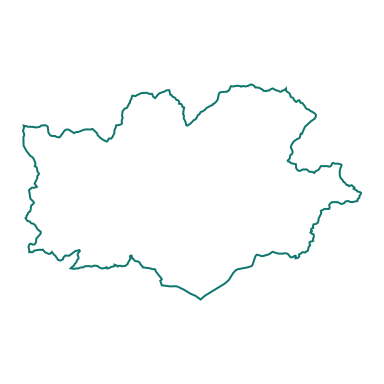 outline of Hoanh Bo, Quảng Ninh, Vietnam
{"feature_id": "81297802B7752291855220", "entity_name": "Hoanh Bo", "entity_type": "district", "adm_level": 2, "iso_a3": "VNM", "parent_name": "Vietnam", "parent_adm1": "Quảng Ninh", "projection": "albers", "projection_center": [107.022, 21.107], "detail": "fine", "context": "isolated", "style": "outline", "palette": "teal", "viewbox_px": 384, "rotation_deg": 0, "n_neighbors": 0, "source": "geoboundaries", "source_scale": "gbopen_adm2", "svg_char_len": 5918}
<svg xmlns="http://www.w3.org/2000/svg" viewBox="0 0 384 384"><path d="M141.7,93.0L137.2,95.0L135.3,96.2L132.7,95.6L132.2,95.8L131.1,99.5L130.0,101.2L130.0,102.7L129.2,103.4L127.1,107.7L124.5,108.8L122.6,111.3L122.0,116.0L122.7,117.9L121.9,119.7L121.7,120.8L122.0,123.4L121.2,124.2L119.1,125.0L116.1,125.4L115.7,127.6L114.5,130.1L114.3,133.2L112.4,137.2L111.3,138.5L108.8,138.5L107.7,140.8L107.0,141.5L106.6,141.5L102.7,139.6L99.8,137.4L97.5,134.9L97.2,133.5L96.8,133.0L92.8,129.2L92.1,128.9L90.7,129.5L86.2,129.4L83.4,129.9L80.6,131.1L78.0,132.0L75.8,132.2L74.0,133.1L68.9,129.7L66.6,129.5L64.7,130.4L60.2,136.7L59.3,137.4L56.8,137.0L55.0,136.0L51.9,136.0L50.2,135.3L48.4,132.5L47.8,126.9L47.0,126.1L45.7,125.3L42.1,125.4L41.0,125.7L40.0,126.6L39.1,127.0L36.1,127.5L32.8,126.9L27.9,126.7L23.7,125.6L24.1,127.2L23.0,130.6L24.2,134.4L24.1,135.6L23.4,137.2L23.6,145.7L26.4,150.9L29.0,154.1L29.1,154.6L30.5,156.0L32.6,157.3L33.8,159.1L35.5,163.4L34.8,166.3L35.9,166.6L36.8,167.7L37.5,171.7L39.0,173.6L38.6,174.7L37.3,176.0L37.2,176.7L37.4,177.9L34.6,183.6L36.9,186.8L34.0,187.8L32.0,187.6L29.0,190.1L30.4,198.8L33.4,201.6L34.0,202.8L32.9,204.2L31.3,205.4L30.8,207.6L30.8,209.2L30.1,211.4L28.1,212.8L27.7,214.4L26.5,215.8L26.4,217.1L25.5,218.1L27.4,220.9L29.9,221.6L31.2,223.3L33.5,223.8L35.2,225.2L37.7,229.5L40.7,231.7L40.8,233.0L40.2,234.3L36.3,238.6L36.1,241.5L35.5,243.3L35.1,243.8L34.2,244.5L33.0,244.6L30.4,243.7L29.2,244.8L28.5,246.8L29.3,250.2L29.2,252.1L32.7,252.2L34.0,250.7L39.0,249.8L40.2,249.7L41.6,250.0L42.7,249.6L45.3,252.4L48.8,253.9L50.0,253.9L51.9,252.0L53.7,254.5L55.3,255.7L58.2,260.0L60.7,260.5L63.1,259.1L63.4,257.4L65.3,255.6L69.2,255.7L75.4,251.0L79.4,250.1L79.8,250.7L79.7,251.3L78.2,253.0L77.6,254.3L77.7,255.1L78.5,257.1L78.4,258.8L77.1,260.1L76.4,262.1L74.7,264.0L73.8,265.7L71.6,267.4L70.7,268.3L74.0,268.9L76.1,268.4L78.0,268.5L80.1,267.6L83.3,267.3L85.1,266.2L89.6,266.1L91.4,266.7L94.3,265.6L97.6,266.0L99.5,267.6L102.1,268.5L105.3,267.9L106.5,267.2L107.1,268.4L108.1,268.4L110.3,267.5L110.9,267.0L114.6,266.1L114.8,265.6L114.6,264.8L116.7,265.5L117.6,266.5L118.7,265.8L120.9,265.8L121.8,266.3L125.3,265.9L127.7,263.9L128.4,262.0L130.3,258.9L130.1,256.1L130.9,255.5L131.3,255.5L131.8,256.0L131.7,257.1L132.2,258.2L133.1,258.6L133.8,259.7L135.2,261.0L138.4,261.6L139.0,262.0L140.0,263.1L140.6,264.6L142.5,266.4L142.8,267.4L149.0,268.1L152.8,269.2L155.1,269.3L155.7,271.1L156.7,272.6L160.9,277.8L161.8,279.4L160.2,281.0L160.8,282.1L161.8,285.3L170.3,286.4L176.0,286.2L177.5,286.6L184.5,290.0L190.1,293.5L195.6,295.9L200.6,299.5L204.8,295.8L223.8,284.2L226.0,282.6L228.9,279.9L233.2,273.0L235.6,270.4L237.6,269.3L248.4,267.2L251.9,265.9L252.8,264.1L255.1,257.1L255.8,255.6L256.7,254.8L257.8,254.8L261.6,256.1L262.9,256.1L269.1,254.3L272.2,252.0L272.7,251.8L277.7,253.5L281.7,253.7L284.6,253.3L286.6,253.4L288.0,254.1L290.4,257.0L291.1,257.4L292.5,257.2L294.3,256.0L295.3,255.7L295.7,255.9L295.8,256.5L295.3,257.5L295.4,258.3L295.9,258.4L298.3,257.6L299.3,256.4L299.0,254.7L299.4,254.2L300.8,253.6L302.1,252.4L303.0,252.2L305.3,252.5L306.5,251.4L307.4,251.1L307.8,250.7L308.7,247.0L310.2,245.2L309.4,243.1L309.6,242.2L310.2,241.7L312.6,241.2L313.3,240.7L313.0,238.6L313.7,237.5L313.9,235.1L313.2,234.2L312.1,233.8L310.5,232.6L310.7,232.0L311.8,231.4L311.8,230.5L311.0,229.9L311.0,229.5L311.7,228.5L313.2,227.9L313.0,226.0L313.4,224.4L316.0,223.9L317.8,222.6L318.2,221.8L318.8,218.1L320.9,214.2L321.3,212.7L320.8,210.9L324.6,208.9L328.9,209.0L329.5,208.2L329.7,207.6L329.2,205.6L329.3,204.7L330.2,203.6L332.1,202.1L338.0,202.2L340.5,203.7L342.1,203.9L344.0,203.2L345.5,201.5L348.3,201.0L350.4,202.0L352.4,202.1L357.4,201.0L357.6,199.2L359.3,197.9L359.5,195.8L360.8,194.0L361.0,193.4L360.9,192.8L360.4,192.3L357.2,191.3L357.0,190.6L353.6,188.8L354.5,187.6L351.9,185.4L351.3,185.2L348.9,186.2L348.0,185.1L346.6,184.9L344.6,182.4L343.5,181.9L342.3,179.7L340.8,178.2L340.0,176.3L339.7,174.6L339.8,170.7L340.3,168.5L341.6,165.2L341.5,164.8L341.0,164.5L338.1,163.6L334.9,163.7L333.1,162.9L332.3,163.4L330.9,166.0L329.8,166.6L328.9,166.6L327.1,166.1L320.9,166.1L318.8,169.5L317.9,170.3L315.8,171.0L314.2,173.0L312.5,171.9L309.2,171.7L307.3,169.8L306.3,169.4L302.6,169.5L300.1,170.9L298.5,170.7L297.4,170.0L296.1,167.9L295.9,164.2L291.1,163.2L289.5,161.7L288.0,161.4L287.7,160.6L289.4,158.8L289.9,157.8L290.4,155.0L292.0,154.0L292.5,152.8L292.6,151.8L292.4,150.7L290.8,147.5L290.8,147.0L291.6,144.8L292.8,142.8L294.0,141.2L297.1,139.1L299.5,138.1L300.8,133.7L301.1,133.5L301.9,133.8L304.9,126.9L310.8,121.4L314.7,118.7L316.1,115.6L316.0,115.0L315.0,113.7L312.5,111.9L311.1,111.4L308.9,109.7L306.6,108.8L305.9,108.2L305.0,106.5L302.7,103.4L301.6,102.7L300.6,102.8L299.3,100.3L298.3,100.4L296.5,101.9L295.8,101.8L293.9,99.7L293.2,98.0L290.6,96.8L290.5,95.5L289.6,93.6L289.0,92.9L287.3,91.9L286.6,91.3L285.9,89.7L285.9,88.6L284.4,90.1L282.1,90.7L281.7,91.4L280.3,91.8L277.6,90.6L276.1,90.3L272.7,88.4L270.0,89.6L269.1,90.6L267.5,90.5L266.4,91.1L263.2,90.7L262.4,89.4L260.7,88.8L259.5,87.9L256.2,87.4L255.4,87.5L254.0,85.7L251.9,84.6L250.8,84.5L247.9,85.9L245.5,86.5L243.7,86.0L241.0,86.6L240.2,86.1L237.1,85.7L233.1,86.5L230.9,86.2L229.1,90.3L227.6,91.0L227.1,91.7L221.6,92.0L219.9,92.5L218.8,94.0L217.6,99.8L215.6,102.3L214.0,103.7L213.0,104.0L212.4,105.2L210.8,105.6L206.2,108.2L205.0,109.8L204.0,110.3L202.9,111.3L200.6,112.0L199.5,114.2L198.0,115.0L196.2,118.6L194.9,119.7L193.7,120.2L190.6,123.5L187.2,125.7L186.3,125.2L185.6,122.2L184.4,119.5L183.7,118.6L184.0,115.7L182.9,113.8L183.5,112.5L183.3,111.7L184.2,107.5L182.5,107.0L182.3,106.6L182.3,105.7L181.2,104.0L179.0,103.7L179.3,102.1L178.6,100.7L177.7,100.2L176.5,100.0L174.9,97.7L172.5,96.6L171.4,94.9L170.2,94.6L169.3,90.2L166.8,90.3L165.2,91.0L164.1,91.8L162.5,92.0L161.3,92.8L160.1,92.9L158.4,94.2L155.1,98.1L153.3,96.8L152.7,95.8L152.3,94.0L151.9,93.8L149.4,94.0L147.1,92.8L141.7,93.0Z" fill="none" stroke="#0f766e" stroke-width="2"/></svg>